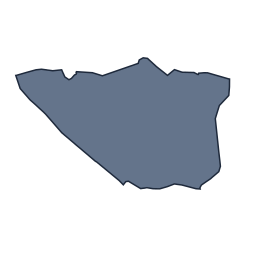 the district of Sami', Ta`izz, Yemen, rotated 354°
{"feature_id": "15242507B43926728713037", "entity_name": "Sami'", "entity_type": "district", "adm_level": 2, "iso_a3": "YEM", "parent_name": "Yemen", "parent_adm1": "Ta`izz", "projection": "natural_earth1", "projection_center": [44.119, 13.381], "detail": "fine", "context": "isolated", "style": "filled", "palette": "slate", "viewbox_px": 256, "rotation_deg": 354, "n_neighbors": 0, "source": "geoboundaries", "source_scale": "gbopen_adm2", "svg_char_len": 1657}
<svg xmlns="http://www.w3.org/2000/svg" viewBox="0 0 256 256"><g transform="rotate(354 128 128)"><path d="M234.1,89.9L233.5,89.8L227.6,87.4L212.8,81.4L209.2,81.0L204.0,80.9L203.6,82.1L202.9,82.0L199.4,79.7L193.8,79.0L193.5,78.9L192.3,78.8L191.7,78.7L187.7,78.2L180.3,74.8L173.2,79.5L172.8,79.8L168.1,75.2L164.8,72.0L162.6,69.8L155.7,62.0L154.7,60.8L150.4,59.8L146.3,61.5L144.9,64.7L144.9,64.8L128.6,68.6L108.0,73.4L98.4,69.3L82.6,66.6L82.2,67.3L82.5,68.2L82.1,69.0L80.3,69.7L76.9,72.8L74.3,73.8L70.5,70.6L69.6,67.8L69.5,67.7L69.5,67.4L69.3,67.0L68.1,63.2L64.6,63.2L59.5,63.2L59.1,63.2L56.3,62.5L53.7,61.9L52.7,61.6L48.1,60.5L45.1,60.5L43.0,60.5L42.8,60.5L42.7,60.5L40.8,60.8L33.0,62.1L22.4,64.0L21.9,64.0L24.9,77.5L29.7,84.3L29.8,84.4L33.2,89.3L34.1,90.4L38.6,95.3L39.2,96.0L42.5,99.8L46.0,103.7L46.5,104.4L47.3,105.3L53.0,113.4L57.2,119.4L61.8,126.0L62.0,126.1L64.6,128.9L65.2,129.5L71.4,136.0L71.8,136.4L74.5,139.3L78.1,143.0L82.1,147.2L84.7,149.9L91.8,157.4L92.5,158.0L93.0,158.2L113.7,179.3L117.4,184.0L120.2,181.1L122.9,181.0L134.3,189.6L136.3,189.5L138.0,189.5L140.5,189.3L146.6,191.0L147.0,191.0L147.4,191.1L147.6,191.1L148.9,191.3L153.3,191.8L156.6,191.2L161.1,190.4L168.2,188.5L170.0,188.9L170.9,189.2L171.0,189.2L171.5,189.3L174.4,190.0L175.6,190.3L189.3,195.5L193.4,196.2L193.2,195.1L195.0,192.4L199.9,189.7L204.8,187.1L206.7,185.7L208.2,184.7L213.7,180.9L213.8,180.7L214.2,179.8L215.4,176.9L215.9,175.8L215.9,170.2L215.8,161.2L215.8,155.8L215.8,146.6L215.8,139.0L215.8,127.8L218.2,122.1L221.2,115.2L222.0,114.5L231.5,106.3L231.6,106.2L231.7,105.9L231.8,105.3L233.2,97.8L234.1,89.9Z" fill="#64748b" stroke="#1e293b" stroke-width="1.5"/></g></svg>